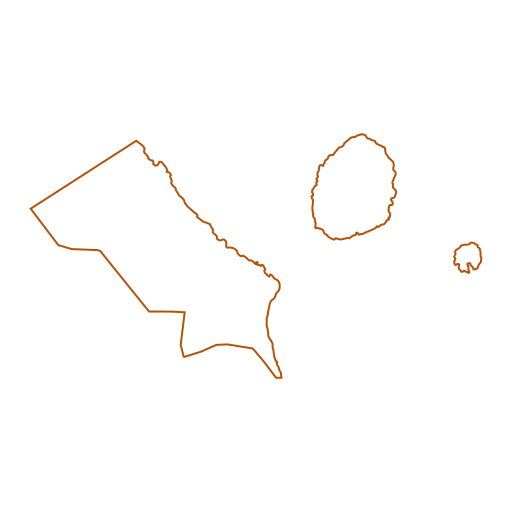 outline of Sumkar District, Madang, Papua New Guinea
{"feature_id": "67681753B60776000026411", "entity_name": "Sumkar District", "entity_type": "district", "adm_level": 2, "iso_a3": "PNG", "parent_name": "Papua New Guinea", "parent_adm1": "Madang", "projection": "mercator", "projection_center": [145.886, -4.793], "detail": "fine", "context": "isolated", "style": "outline", "palette": "amber", "viewbox_px": 512, "rotation_deg": 0, "n_neighbors": 0, "source": "geoboundaries", "source_scale": "gbopen_adm2", "svg_char_len": 6125}
<svg xmlns="http://www.w3.org/2000/svg" viewBox="0 0 512 512"><path d="M30.7,208.7L58.3,245.1L71.8,249.1L97.7,250.1L100.4,251.2L149.0,311.5L171.7,311.6L184.7,312.3L180.7,344.8L183.7,356.7L184.3,356.9L201.4,351.5L216.2,344.9L227.3,344.4L252.8,348.5L264.2,362.0L276.1,377.8L281.5,377.7L281.2,376.3L281.0,373.1L279.1,369.5L278.8,367.9L278.3,366.6L277.3,365.2L277.0,364.4L277.2,362.0L276.8,361.5L276.1,361.5L275.7,361.0L275.0,358.4L274.5,357.6L274.2,356.6L274.1,354.2L273.8,353.7L273.2,348.8L272.9,348.6L272.6,347.4L272.6,343.8L271.8,342.0L271.2,341.4L271.1,340.6L270.0,339.3L268.6,336.7L268.2,334.8L268.2,333.0L267.5,328.8L266.6,325.0L266.8,319.9L266.6,319.1L267.6,315.0L268.1,314.0L267.8,313.2L269.9,303.3L270.9,301.2L272.1,300.0L273.5,299.0L274.5,297.8L275.5,295.9L275.7,294.7L276.2,293.4L278.7,290.7L279.2,289.5L279.6,288.0L279.7,285.0L279.5,283.6L278.5,281.3L277.9,280.6L276.6,279.7L274.3,278.4L273.6,277.8L272.8,276.4L271.3,274.8L270.4,274.5L269.9,275.0L269.2,276.5L267.4,275.3L266.4,274.1L265.0,273.1L264.5,271.7L264.4,270.4L265.3,269.2L265.3,268.8L264.3,267.8L263.7,266.1L262.5,265.0L261.7,264.8L261.5,265.1L261.5,265.6L260.9,266.0L259.8,265.2L258.8,264.9L257.3,264.7L255.8,264.1L254.0,262.6L252.4,260.9L251.0,260.4L248.9,260.4L245.7,257.2L243.0,255.7L242.4,255.7L241.7,256.2L241.1,256.2L239.7,255.5L237.8,253.6L237.1,251.4L236.3,250.1L234.7,248.9L233.2,248.1L230.3,247.5L228.8,247.5L227.9,247.7L226.8,247.5L226.2,246.6L226.3,242.2L225.8,241.2L224.1,239.5L222.5,239.5L220.9,240.3L220.0,240.3L219.0,240.1L217.8,239.5L216.9,238.5L217.0,236.7L216.8,236.2L214.7,234.1L213.7,233.4L213.0,232.5L212.7,230.3L213.0,229.6L212.6,228.9L211.1,226.8L210.0,224.4L209.0,223.6L208.2,223.5L206.5,222.7L204.2,222.1L203.2,221.6L197.1,217.0L197.5,215.5L197.0,214.5L196.3,213.9L194.2,212.4L187.6,206.5L185.1,203.3L184.5,202.0L184.4,201.0L183.8,199.8L182.1,197.8L178.7,195.1L177.8,193.0L176.5,191.2L175.8,189.8L175.6,188.4L175.1,187.5L174.4,187.3L171.8,184.4L171.2,182.8L171.8,181.5L171.7,180.6L170.2,176.7L170.2,176.1L170.9,174.9L170.7,174.5L170.1,173.5L169.1,172.4L166.7,171.8L167.1,170.7L167.1,169.9L166.8,169.1L165.5,166.7L163.6,164.6L162.4,162.9L161.3,161.8L159.6,161.7L159.1,162.2L158.5,163.8L157.6,164.9L156.8,165.4L155.8,165.6L154.6,165.2L153.4,164.2L153.3,161.7L152.9,160.9L152.4,160.4L151.0,160.4L148.8,159.0L148.1,158.2L148.3,157.2L148.0,156.6L144.5,152.8L144.1,151.9L144.1,150.5L144.6,149.0L144.3,148.2L143.3,146.4L141.9,145.0L136.2,140.8L30.7,208.7ZM386.3,154.3L385.8,153.3L385.4,151.7L385.0,148.1L384.3,147.3L382.8,147.1L382.3,146.6L382.0,146.1L380.5,145.6L377.1,144.0L375.8,142.9L375.2,141.5L374.5,140.8L373.6,140.5L372.2,140.3L371.2,139.9L369.9,138.8L367.8,138.6L367.0,137.8L365.3,135.1L364.1,134.6L363.1,134.6L362.1,134.2L361.3,134.3L359.2,135.1L358.4,135.1L357.4,135.5L354.7,137.1L353.0,137.1L351.2,137.6L350.2,138.1L348.4,140.0L347.0,140.9L345.1,142.6L344.2,143.6L343.2,145.7L342.0,146.7L341.0,147.1L339.1,147.4L334.1,153.4L333.7,154.3L332.7,155.1L330.6,155.1L329.6,155.3L328.6,156.2L328.2,157.0L328.1,158.0L327.7,158.7L326.8,159.5L326.1,159.7L325.0,161.0L324.4,163.1L323.7,164.0L323.1,165.8L321.2,165.1L320.5,165.1L319.9,165.4L319.2,166.7L319.1,168.8L318.6,170.9L317.9,172.2L317.4,173.7L317.4,175.1L318.0,176.6L317.6,177.3L316.5,178.9L316.6,180.1L317.5,181.0L317.4,181.5L316.4,182.4L316.3,183.0L316.6,185.2L315.1,186.0L314.4,186.8L313.1,189.1L312.3,190.0L312.1,191.3L312.2,192.7L313.0,193.6L313.2,194.3L313.1,195.2L312.4,196.0L311.8,196.1L311.6,196.5L311.6,197.3L311.9,198.2L312.8,199.7L313.0,200.9L313.0,201.9L312.8,202.8L312.8,204.6L312.2,208.4L312.6,209.1L312.7,212.4L313.2,213.0L313.4,213.6L313.0,214.4L313.2,215.9L313.5,217.3L314.8,218.7L314.8,220.2L315.6,223.2L315.6,224.5L315.4,225.4L315.3,227.6L315.5,228.0L318.1,227.9L319.2,228.6L320.5,228.7L322.5,229.7L323.2,230.5L324.4,233.5L326.4,234.6L327.8,236.0L327.9,236.4L328.7,237.2L330.0,237.7L331.0,238.4L333.5,239.5L334.4,239.5L335.6,238.3L336.4,238.3L337.6,238.9L339.6,239.4L341.4,239.4L347.5,238.0L348.6,238.2L349.4,238.2L351.2,236.8L353.0,235.7L354.5,235.2L355.2,235.2L355.7,234.8L356.1,234.0L356.1,233.4L356.4,232.7L357.2,232.7L357.9,233.2L358.1,234.0L358.8,234.7L360.8,234.1L362.8,234.0L363.7,233.3L365.7,232.5L366.3,231.9L368.5,231.5L369.4,230.8L370.8,230.4L375.3,228.2L376.1,227.4L376.7,226.4L377.5,226.4L378.2,226.9L378.5,226.9L380.1,225.5L381.4,224.7L382.8,224.6L384.4,223.9L385.6,222.5L386.1,221.0L388.4,219.7L389.0,219.1L388.4,218.2L388.8,217.5L389.3,217.5L389.8,217.0L389.9,215.5L390.2,215.1L390.2,213.8L389.6,212.8L389.1,212.2L388.6,211.1L388.6,209.4L389.2,205.9L389.6,205.4L390.4,205.0L392.0,204.9L392.7,204.2L392.8,203.1L392.1,201.4L391.1,199.8L391.1,198.9L391.6,198.3L392.2,198.0L393.3,198.0L393.9,197.8L394.8,196.8L396.1,192.6L396.1,191.2L395.8,190.5L392.9,187.4L392.8,185.4L393.1,184.7L393.1,184.2L392.5,183.2L392.5,181.6L393.8,178.9L394.0,177.9L395.3,175.4L395.7,174.1L395.7,173.0L395.0,171.5L393.3,169.9L393.3,168.3L393.7,165.7L393.7,163.8L393.4,162.8L392.9,161.7L389.5,158.4L388.8,157.9L387.2,155.3L386.3,154.3ZM480.5,262.6L480.8,262.1L480.9,260.7L481.3,259.4L481.3,258.1L480.6,256.3L480.5,254.8L480.6,252.6L479.9,249.2L479.5,248.4L478.8,247.7L478.1,247.4L477.6,246.9L477.6,245.1L476.8,244.6L475.5,244.3L473.7,242.9L472.4,242.7L470.7,242.7L469.4,244.0L468.7,244.4L466.9,244.7L464.6,244.7L463.3,245.2L462.5,245.2L461.2,245.6L460.8,246.0L460.4,246.9L459.3,247.9L457.7,249.1L455.7,250.2L455.1,251.8L455.5,254.3L454.2,256.5L454.3,257.3L454.9,257.9L455.4,258.9L454.2,261.7L454.2,262.6L454.9,264.5L455.5,265.0L456.1,264.9L457.1,264.1L458.2,263.9L458.9,264.2L459.2,264.6L459.2,265.0L458.9,265.5L458.9,266.9L458.6,267.6L458.6,268.3L459.0,269.0L460.3,270.1L460.9,271.3L461.6,271.9L462.2,271.9L463.9,270.8L464.5,270.8L465.0,271.0L465.8,271.8L467.2,272.0L468.6,272.9L469.3,272.3L469.3,271.8L468.6,270.6L468.2,265.9L467.4,264.7L467.5,263.6L469.5,263.1L469.9,263.2L470.4,264.0L470.5,265.0L472.7,267.2L473.2,268.1L473.4,269.3L474.1,269.5L477.0,268.6L477.4,268.2L478.1,266.9L478.6,265.0L479.1,264.1L480.5,262.6ZM257.3,263.2L257.7,262.8L257.6,262.3L256.3,262.2L255.9,262.4L255.9,262.8L256.3,263.2L257.3,263.2Z" fill="none" stroke="#b45309" stroke-width="2"/></svg>